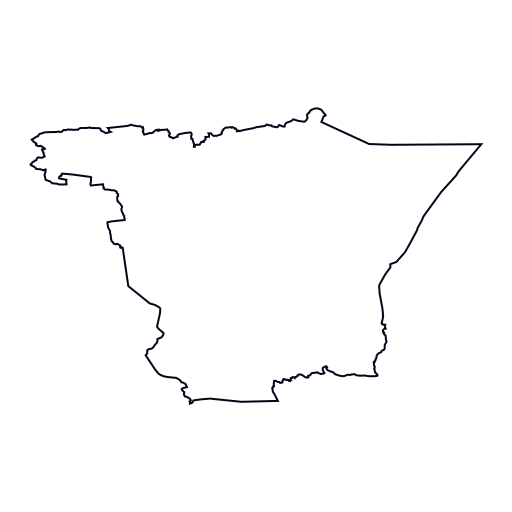 Lunner nor, Oppland, Norway
{"feature_id": "86288312B32418406906807", "entity_name": "Lunner nor", "entity_type": "district", "adm_level": 2, "iso_a3": "NOR", "parent_name": "Norway", "parent_adm1": "Oppland", "projection": "natural_earth1", "projection_center": [10.663, 60.235], "detail": "fine", "context": "isolated", "style": "outline", "palette": "ink", "viewbox_px": 512, "rotation_deg": 0, "n_neighbors": 0, "source": "geoboundaries", "source_scale": "gbopen_adm2", "svg_char_len": 6012}
<svg xmlns="http://www.w3.org/2000/svg" viewBox="0 0 512 512"><path d="M481.3,144.2L391.1,144.8L369.1,144.0L321.4,122.0L323.6,116.4L325.5,115.6L325.7,115.3L325.5,114.7L325.0,114.4L321.1,109.6L318.0,108.5L316.5,108.4L314.8,108.5L311.7,109.7L310.0,111.0L309.1,112.9L307.7,113.6L307.1,114.9L307.0,116.0L307.6,117.6L307.5,118.1L306.2,120.3L304.7,121.6L303.8,121.7L298.4,120.9L293.3,119.3L292.0,120.5L290.8,121.2L286.0,123.0L285.1,124.4L284.5,126.6L283.0,126.5L279.1,125.0L278.1,126.5L276.9,127.3L272.1,126.3L271.3,125.7L271.3,125.4L269.1,125.3L267.0,124.5L264.8,126.0L256.3,127.2L253.2,128.2L244.3,129.9L239.0,131.2L238.5,130.7L236.9,131.2L237.0,130.3L235.6,128.4L234.6,128.7L233.9,127.8L232.8,127.2L231.6,127.7L230.9,127.1L227.7,127.6L225.9,127.5L223.7,129.0L223.5,129.6L222.6,130.2L222.2,132.0L221.6,132.5L221.8,133.2L221.3,134.3L216.3,135.9L215.2,135.7L213.9,136.0L212.4,135.1L211.0,133.3L208.5,133.4L209.2,134.8L209.0,136.8L205.4,137.0L205.6,139.3L203.4,141.0L204.0,141.7L203.8,142.0L201.1,142.1L199.8,144.5L198.6,144.8L196.7,144.6L195.5,145.1L194.9,145.4L194.8,146.8L193.9,146.8L194.0,144.0L192.7,140.3L192.7,139.5L192.3,138.8L191.3,138.7L191.1,135.9L191.5,135.3L191.7,134.3L191.1,132.9L190.4,132.4L184.5,133.1L178.8,134.3L177.4,135.6L177.6,136.6L172.8,138.3L172.3,137.7L171.3,137.4L170.9,137.0L169.9,137.0L169.2,136.1L169.0,135.2L169.9,134.1L169.7,133.0L168.7,132.2L168.8,131.3L167.7,130.4L167.2,129.4L165.9,129.7L161.1,129.9L158.4,130.8L158.7,129.7L156.1,129.9L152.7,132.7L151.3,133.2L150.0,133.0L144.3,134.6L144.1,134.5L144.2,134.0L143.4,133.1L142.8,131.4L143.2,131.4L143.4,129.0L142.9,127.2L142.1,127.7L140.7,126.3L137.3,126.2L132.2,125.2L131.2,124.7L127.7,125.9L107.9,128.0L108.5,128.6L109.3,131.1L110.7,131.9L106.5,133.0L105.3,132.9L104.0,132.0L100.9,130.6L100.4,128.9L99.5,128.2L90.9,128.0L90.0,127.5L86.2,128.0L80.7,128.0L79.1,128.7L77.8,129.9L77.1,129.6L73.7,129.9L71.8,129.6L69.6,129.7L68.7,129.4L65.5,130.1L64.4,130.1L64.0,129.9L63.2,130.2L62.1,131.6L60.1,132.0L58.4,131.6L55.7,132.0L46.4,132.2L42.8,132.8L41.4,133.6L39.5,133.9L37.9,136.2L36.1,136.8L34.9,137.8L31.8,139.6L33.6,141.7L36.3,143.5L36.0,144.3L36.3,144.6L36.2,145.2L38.4,146.2L40.6,145.8L44.7,148.4L44.9,148.9L43.5,149.3L42.1,149.4L42.0,149.6L42.5,150.5L43.1,152.3L43.5,152.6L43.8,153.7L43.7,154.7L44.1,155.1L44.6,156.5L41.9,157.8L38.0,157.4L37.0,158.4L36.3,160.2L35.2,160.4L34.1,161.4L32.5,162.1L31.9,163.4L30.7,164.1L30.7,165.0L34.0,166.7L36.1,168.4L36.2,169.0L40.0,169.2L41.6,169.6L42.5,170.2L43.9,170.0L45.4,169.4L45.8,169.6L45.2,171.0L45.6,171.7L44.5,174.9L45.7,179.9L50.1,181.4L52.2,183.3L57.0,183.7L59.0,184.5L66.5,184.4L66.1,180.6L66.4,179.8L59.6,178.5L59.0,178.1L59.0,177.7L59.6,176.4L61.6,175.5L61.4,174.6L62.1,173.6L72.4,174.5L90.3,176.9L91.2,177.3L90.9,179.7L91.0,181.5L90.4,184.1L90.9,185.5L103.1,184.3L103.1,185.8L103.8,187.5L103.4,188.0L104.6,189.3L105.5,189.6L108.5,189.6L111.1,190.2L114.2,190.4L116.6,191.5L116.8,192.3L116.7,193.0L118.0,194.1L118.2,194.8L118.1,196.0L117.4,196.4L117.2,197.8L117.2,199.3L117.4,200.5L117.9,201.1L117.8,201.6L118.3,201.9L119.7,203.2L121.7,206.0L122.1,207.3L121.5,208.5L121.4,210.0L122.2,212.4L123.3,214.1L123.2,214.7L124.2,216.2L124.2,217.7L124.8,219.0L124.7,220.0L111.6,221.4L107.6,222.2L107.4,222.9L108.1,227.1L108.4,228.1L110.1,230.9L110.0,232.8L110.5,234.0L111.1,239.0L111.6,241.1L112.8,242.1L113.6,243.5L114.1,243.9L115.6,244.3L117.5,243.8L119.8,245.5L120.2,245.5L120.7,246.4L120.1,247.3L120.4,247.7L121.1,247.9L122.6,247.6L122.7,247.8L128.3,286.1L149.7,303.4L155.2,305.0L158.9,307.1L160.3,308.5L160.0,313.2L157.0,326.8L158.8,329.0L163.6,333.1L163.1,335.1L161.5,337.3L157.4,339.1L157.4,341.0L157.0,342.6L154.7,345.1L152.8,347.9L151.2,348.8L150.2,348.8L147.5,349.8L147.3,350.3L147.1,353.5L145.7,355.3L155.1,369.5L158.5,373.6L160.1,374.7L163.4,376.2L168.0,377.1L176.3,377.9L179.2,379.6L180.9,381.2L181.3,382.2L183.6,382.8L185.7,384.3L186.9,387.1L182.9,388.2L181.7,389.1L182.3,390.4L184.3,392.2L183.8,394.4L184.9,396.4L186.8,396.9L189.6,398.5L190.8,400.1L190.7,400.6L189.6,401.4L190.1,402.3L189.9,402.7L189.9,403.6L192.4,402.6L193.5,400.4L200.7,399.4L210.0,398.6L241.3,401.8L277.9,400.9L274.0,393.3L272.9,391.9L272.4,388.7L272.2,388.4L272.2,388.0L273.1,387.4L273.0,386.9L273.4,386.1L274.0,386.0L273.7,384.7L274.1,380.9L276.0,380.9L277.5,381.9L279.3,382.0L280.0,382.8L281.3,382.8L282.4,382.4L282.2,381.6L282.9,380.4L282.8,380.1L283.5,379.7L283.3,379.5L283.8,378.9L284.6,379.1L285.9,380.0L287.9,379.7L288.7,380.8L290.3,381.0L290.5,380.5L290.3,380.2L290.9,380.0L290.4,379.5L290.4,379.1L290.8,378.1L291.9,378.0L292.2,377.3L292.8,377.0L294.7,378.0L294.7,377.4L295.1,377.0L296.4,376.8L297.6,375.9L297.5,375.5L298.2,374.7L298.8,374.5L300.7,374.5L302.7,375.3L304.0,376.4L306.1,377.5L307.7,377.6L308.3,377.3L307.9,376.5L308.3,375.6L309.9,375.4L311.8,373.1L316.1,372.6L317.0,372.2L317.6,372.9L318.4,372.9L320.6,374.0L323.3,373.7L324.4,373.0L323.9,372.4L322.7,369.6L322.7,368.7L322.9,367.8L324.6,366.7L326.4,366.3L327.1,367.5L326.3,368.1L326.6,369.1L328.1,370.4L333.4,372.5L335.3,374.3L340.4,375.9L343.6,376.2L348.2,374.7L350.2,375.0L351.2,374.5L354.5,374.2L356.6,375.3L360.0,375.7L364.7,375.5L368.0,376.1L373.5,376.3L377.1,375.9L377.4,375.4L377.4,374.7L374.9,372.1L374.5,368.9L374.2,368.7L374.8,366.8L374.0,365.5L374.1,364.4L373.8,363.9L373.8,362.9L374.6,362.1L374.1,361.7L374.8,361.1L375.5,360.2L375.5,359.2L376.1,358.7L376.6,357.1L376.5,355.9L378.0,353.7L380.8,352.3L381.3,351.9L381.6,350.9L384.0,349.7L384.7,348.4L384.7,345.0L386.4,342.0L386.5,341.0L385.9,339.4L385.6,335.6L383.7,333.7L384.1,332.7L383.0,332.0L383.2,331.4L382.8,330.7L383.0,330.1L383.8,329.3L384.8,328.6L385.6,328.6L384.7,326.0L385.2,324.7L383.3,324.6L382.7,324.2L382.3,324.3L381.6,323.3L383.2,316.7L382.8,316.1L383.0,315.5L382.9,313.0L382.3,307.7L379.7,294.0L379.1,286.1L379.6,284.4L385.3,274.3L390.4,267.3L390.3,264.2L396.3,262.0L405.0,252.2L410.7,242.1L417.2,229.9L417.5,228.2L421.5,221.1L423.5,216.4L426.0,212.9L441.2,192.0L456.3,175.3L458.1,172.1L460.9,168.6L481.3,144.2Z" fill="none" stroke="#020617" stroke-width="2"/></svg>